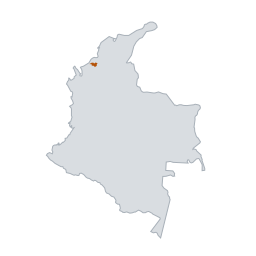 location of Cereté, Córdoba, Colombia, rotated 4°
{"feature_id": "7082276B12261061715125", "entity_name": "Cereté", "entity_type": "district", "adm_level": 2, "iso_a3": "COL", "parent_name": "Colombia", "parent_adm1": "Córdoba", "projection": "albers", "projection_center": [-75.84, 8.882], "detail": "fine", "context": "in_parent", "style": "filled", "palette": "amber", "viewbox_px": 256, "rotation_deg": 4, "n_neighbors": 0, "source": "geoboundaries", "source_scale": "gbopen_adm2", "svg_char_len": 4481}
<svg xmlns="http://www.w3.org/2000/svg" viewBox="0 0 256 256"><g transform="rotate(4 128 128)"><path d="M147.7,28.0L144.9,29.2L139.6,30.6L135.9,36.8L133.4,37.9L130.3,41.5L128.1,46.0L126.4,55.1L121.9,62.9L122.2,63.2L124.1,62.9L125.8,62.0L126.4,62.3L127.1,63.6L129.2,63.9L130.9,70.2L134.1,73.3L134.5,74.6L134.9,77.2L133.8,78.7L133.5,84.5L134.5,85.9L136.9,86.5L138.6,90.0L139.6,90.8L141.0,91.3L144.5,90.8L150.9,91.3L152.4,91.2L155.9,89.9L160.5,91.3L163.8,91.5L173.0,102.1L173.9,101.8L175.1,102.4L177.4,101.3L179.4,101.1L182.0,101.6L185.4,101.5L192.2,100.2L193.3,99.6L197.0,100.1L198.2,100.9L198.8,102.9L198.3,104.2L197.1,105.4L196.4,107.1L196.3,109.0L195.6,110.5L194.4,111.4L194.0,112.8L194.3,114.6L193.8,122.7L194.4,123.4L194.8,126.7L196.5,131.0L197.3,132.2L198.7,133.2L201.2,136.7L200.7,137.9L194.5,143.6L194.2,144.9L195.4,144.3L197.4,144.8L198.1,146.1L202.8,149.9L202.8,151.4L204.2,154.2L204.0,154.9L207.4,163.1L207.5,164.8L204.9,165.4L204.6,159.8L204.2,158.7L201.1,153.8L200.4,153.5L198.4,154.1L195.1,157.8L193.5,158.4L192.2,157.9L190.9,155.7L190.1,155.4L189.3,157.2L190.4,158.8L175.4,159.1L172.5,158.4L168.5,159.3L168.6,167.7L175.7,167.7L177.7,170.1L177.5,172.0L177.9,172.7L176.2,173.1L173.7,171.9L169.3,173.5L166.1,173.9L166.0,183.1L168.0,185.4L171.8,187.8L172.4,189.5L172.1,191.0L173.1,193.0L174.3,194.0L174.4,195.2L175.0,196.5L168.2,235.4L165.5,233.0L164.5,230.9L163.1,230.1L160.6,230.8L157.9,229.7L166.5,216.5L166.1,215.3L158.8,212.2L158.0,211.4L154.5,209.8L152.6,210.3L151.5,211.2L148.9,211.5L146.7,210.1L144.2,209.2L141.1,211.4L140.2,211.4L138.0,212.4L135.7,212.8L132.6,211.8L130.2,212.6L128.5,212.4L127.8,211.7L125.6,211.0L125.4,210.1L126.0,208.5L125.0,205.3L124.7,204.7L123.0,204.7L121.1,203.5L120.7,202.8L121.1,201.5L120.7,200.4L118.8,197.9L116.2,197.2L113.7,195.1L111.1,194.3L110.0,192.8L108.9,189.4L106.2,186.7L104.4,185.8L103.8,184.5L101.9,184.4L99.4,182.6L98.2,182.5L97.4,183.3L95.1,182.4L93.1,181.1L91.0,180.8L89.6,180.0L87.1,177.5L84.5,176.3L82.9,176.7L82.4,178.6L81.5,178.9L78.5,178.4L78.0,178.8L77.1,178.8L73.4,177.4L69.7,176.8L68.8,173.7L66.4,172.6L65.7,171.1L64.0,171.3L57.7,168.4L55.1,166.4L52.9,165.3L50.6,163.1L50.2,162.2L48.5,160.9L49.4,159.2L51.5,158.0L54.3,159.0L54.7,157.1L53.7,155.4L54.2,151.5L55.0,150.6L56.5,149.9L57.5,150.2L58.1,149.5L60.4,149.8L61.1,149.6L62.8,148.0L63.6,146.8L64.4,146.9L66.3,144.8L66.0,142.7L67.7,142.3L69.6,138.8L70.4,138.8L70.8,137.1L74.1,131.5L72.9,132.1L71.6,131.7L71.8,129.8L71.4,129.6L70.4,131.1L69.5,129.6L69.8,127.1L68.3,127.6L68.4,127.0L70.5,125.2L71.4,121.0L70.7,119.5L70.3,113.2L69.9,112.0L68.2,110.4L70.9,108.6L71.9,107.3L70.7,104.5L69.1,102.1L69.0,100.7L70.0,100.9L70.4,97.0L69.5,95.5L68.4,95.4L64.8,89.6L63.6,88.4L64.5,85.7L65.6,84.5L65.4,82.4L66.1,82.5L67.6,84.4L68.3,84.1L70.7,82.3L70.8,80.6L72.7,78.8L70.0,72.9L69.1,72.0L70.2,70.1L70.8,70.2L71.9,72.1L73.6,73.3L76.0,76.6L77.1,77.3L76.3,78.1L76.2,78.8L76.5,79.3L78.0,79.4L78.5,78.5L78.2,74.5L77.6,72.5L76.3,71.0L76.7,70.4L79.2,69.5L84.5,65.7L86.3,62.1L87.7,60.8L89.3,59.9L91.2,60.1L92.7,59.7L93.2,58.5L92.2,56.0L93.3,52.6L93.3,50.9L94.0,49.9L93.7,49.5L91.8,50.7L93.8,48.3L95.2,44.6L102.8,38.1L107.8,39.7L109.4,39.6L107.3,40.4L107.0,41.3L107.7,42.3L108.5,42.6L109.2,41.9L110.8,38.1L111.0,36.1L111.8,35.3L112.8,35.1L117.7,35.9L122.3,35.6L129.8,30.1L135.5,27.8L136.9,25.6L137.2,23.9L138.3,23.2L139.3,23.2L140.0,22.3L142.6,20.8L145.4,20.6L148.3,21.9L149.7,24.1L150.0,25.6L147.7,28.0ZM60.5,149.1L60.1,149.4L59.4,148.9L59.2,148.3L59.6,147.8L60.2,147.9L60.5,149.1Z" fill="#d9dde1" stroke="#a8b0b8" stroke-width="1"/><path d="M90.7,68.1L90.8,68.2L90.9,68.3L91.0,68.3L91.0,68.2L91.4,68.0L91.3,67.9L91.4,67.7L91.5,67.4L91.5,67.5L91.6,67.4L91.6,67.2L91.4,67.0L91.4,66.9L91.5,66.6L91.8,66.4L91.9,66.2L91.7,66.2L91.7,65.9L91.3,65.8L91.2,65.8L91.1,66.0L91.0,66.3L90.9,66.3L90.6,66.3L90.5,66.2L90.6,66.4L90.5,66.5L90.4,66.5L90.3,66.8L90.2,66.7L89.9,66.5L90.0,66.6L89.9,66.6L89.7,66.6L89.4,66.6L89.2,66.7L88.9,66.6L88.7,66.4L88.6,66.2L88.4,66.2L88.2,66.1L88.3,66.1L88.2,66.1L87.9,66.1L87.7,66.0L87.4,66.2L87.5,66.2L87.7,66.3L87.8,66.3L87.9,66.5L88.0,66.7L88.0,66.8L88.3,66.8L88.3,67.0L88.4,66.9L88.5,66.9L88.5,67.0L88.5,66.9L88.5,67.0L88.6,66.9L88.6,67.0L88.6,66.9L88.7,67.0L88.7,66.9L88.7,67.0L88.7,66.9L88.8,66.9L88.8,67.0L88.7,67.0L88.8,67.1L89.0,67.0L89.3,67.1L89.4,67.3L89.5,67.3L89.6,67.2L89.8,67.3L90.0,67.4L89.9,67.4L89.9,67.5L90.0,67.7L90.1,67.8L90.1,67.7L90.4,67.8L90.5,67.8L90.7,68.0L90.8,68.0L90.7,68.1Z" fill="#f59e0b" stroke="#b45309" stroke-width="1.5"/></g></svg>